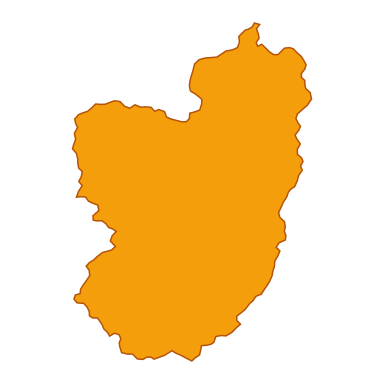 the district of Santana do Manhuaçu, Minas Gerais, Brazil
{"feature_id": "56859067B31975858135216", "entity_name": "Santana do Manhuaçu", "entity_type": "district", "adm_level": 2, "iso_a3": "BRA", "parent_name": "Brazil", "parent_adm1": "Minas Gerais", "projection": "orthographic", "projection_center": [-41.894, -20.049], "detail": "fine", "context": "isolated", "style": "filled", "palette": "amber", "viewbox_px": 384, "rotation_deg": 0, "n_neighbors": 0, "source": "geoboundaries", "source_scale": "gbopen_adm2", "svg_char_len": 2753}
<svg xmlns="http://www.w3.org/2000/svg" viewBox="0 0 384 384"><path d="M259.7,24.5L254.4,23.0L252.1,27.1L248.6,29.0L245.1,30.2L242.2,33.0L238.9,36.4L239.4,42.3L237.4,47.6L232.4,49.9L226.2,50.9L220.9,54.4L216.9,57.1L211.5,57.5L205.2,58.0L199.1,59.7L194.6,63.9L192.8,71.2L191.2,76.2L190.0,80.6L189.4,85.9L190.4,91.0L195.6,94.2L199.1,96.9L201.9,99.5L201.6,104.2L199.7,110.1L194.4,112.0L189.7,113.2L189.4,118.5L186.5,121.6L182.1,121.9L177.5,120.7L170.9,119.0L166.5,117.0L164.5,111.6L158.7,109.5L154.8,111.4L151.0,107.3L146.1,106.9L140.5,107.1L135.0,104.8L129.7,108.2L124.5,106.2L119.9,101.5L114.2,100.8L109.1,102.7L105.4,104.2L100.6,104.4L95.6,104.0L91.6,108.0L87.5,111.4L83.3,112.7L78.6,114.6L74.7,119.1L75.8,123.8L77.6,127.5L74.4,133.3L75.7,139.4L73.8,144.2L72.5,148.9L76.4,153.3L77.8,159.3L77.8,163.1L78.6,168.0L82.3,171.6L81.3,176.6L78.8,181.5L82.2,185.7L78.5,191.4L76.5,197.2L80.3,196.7L85.5,197.0L88.5,201.2L92.7,203.2L97.6,205.0L98.9,210.5L92.9,215.8L93.3,220.2L96.9,220.9L101.7,220.7L105.7,223.5L108.9,227.7L112.6,228.9L116.2,231.5L112.2,235.7L110.3,241.0L115.4,246.5L111.4,250.1L106.6,251.4L102.5,252.5L97.6,256.2L93.7,259.9L89.4,262.6L86.2,266.1L89.2,270.4L89.7,275.7L86.8,280.0L83.0,285.3L80.6,289.2L80.1,293.6L75.4,295.0L73.9,299.1L77.1,302.9L83.8,303.4L87.0,306.9L89.2,311.4L89.5,316.0L92.8,318.0L97.3,317.9L99.8,321.1L102.1,324.7L103.9,329.0L107.1,331.9L109.7,336.1L114.6,333.2L119.2,334.8L120.8,338.8L119.2,342.9L119.8,346.8L121.6,352.6L127.0,354.0L132.6,354.1L137.4,359.0L143.1,359.4L147.0,357.1L151.0,357.1L154.0,359.2L159.0,357.3L164.6,355.3L168.9,352.6L172.1,350.7L175.5,353.0L180.3,355.0L186.3,358.2L191.8,361.0L195.0,358.0L199.5,355.0L200.7,350.1L201.5,345.7L206.7,345.2L210.7,344.4L213.9,342.3L215.8,336.5L221.3,335.5L226.0,335.9L232.0,332.3L236.2,327.9L240.5,324.2L236.9,320.7L236.7,316.2L241.1,312.8L244.9,309.7L247.3,306.7L249.9,303.3L252.9,300.8L256.0,296.3L261.3,294.2L263.8,290.2L266.6,286.2L269.7,281.2L272.1,275.8L272.8,271.1L274.3,267.1L274.8,260.9L277.7,256.2L279.9,251.0L276.2,247.2L279.1,242.8L285.3,240.0L285.9,235.7L284.3,231.1L285.3,227.1L284.5,221.7L279.9,217.5L278.6,212.4L280.8,208.0L283.2,202.4L286.7,197.0L288.3,192.3L290.5,189.4L294.7,186.6L297.3,180.7L298.7,175.3L302.3,170.1L300.5,166.3L303.0,161.4L301.5,157.8L297.5,154.4L297.3,149.3L300.3,144.0L296.7,138.7L295.1,135.1L298.7,130.3L300.5,126.4L298.1,123.0L295.9,118.6L297.3,114.1L300.7,111.0L307.3,105.2L311.5,99.1L310.2,92.6L305.7,88.5L304.9,84.5L304.7,80.4L301.3,77.3L301.5,73.2L304.7,69.3L306.1,64.7L303.6,60.1L301.2,56.3L297.0,52.7L293.2,48.7L289.2,47.6L284.4,48.2L280.8,51.9L277.6,54.7L273.6,54.6L269.5,51.9L265.7,48.1L261.7,44.3L257.7,46.3L256.2,42.5L259.1,38.2L258.3,33.9L256.5,28.7L259.7,24.5Z" fill="#f59e0b" stroke="#b45309" stroke-width="1.5"/></svg>